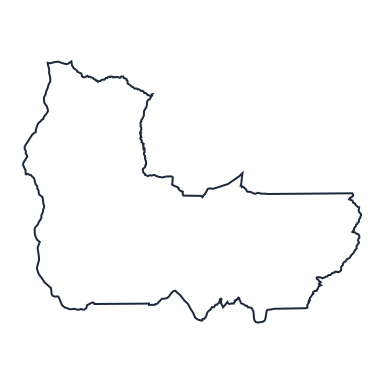 Yantzaza, Zamora Chinchipe, Ecuador (Mercator projection)
{"feature_id": "8360857B42265273644391", "entity_name": "Yantzaza", "entity_type": "district", "adm_level": 2, "iso_a3": "ECU", "parent_name": "Ecuador", "parent_adm1": "Zamora Chinchipe", "projection": "mercator", "projection_center": [-78.581, -3.714], "detail": "fine", "context": "isolated", "style": "outline", "palette": "slate", "viewbox_px": 384, "rotation_deg": 0, "n_neighbors": 0, "source": "geoboundaries", "source_scale": "gbopen_adm2", "svg_char_len": 5900}
<svg xmlns="http://www.w3.org/2000/svg" viewBox="0 0 384 384"><path d="M149.0,304.9L154.8,304.8L154.9,304.5L155.6,304.1L157.3,303.7L161.1,299.5L162.2,298.8L165.6,298.5L167.4,297.8L168.9,296.6L171.1,293.3L172.8,291.7L173.6,291.1L175.3,290.7L177.1,292.6L180.3,295.2L184.5,300.7L187.9,303.8L190.6,308.9L193.0,312.6L195.3,317.8L197.9,319.6L201.7,320.7L202.4,320.4L202.3,319.4L202.5,318.9L204.2,318.8L204.7,318.5L206.0,316.5L207.4,312.3L208.8,310.8L210.6,309.7L211.8,307.2L214.0,307.2L214.7,305.8L215.6,304.8L217.2,304.6L217.6,303.7L218.8,303.1L219.6,301.2L219.8,299.5L220.4,298.8L221.2,298.7L221.5,299.6L221.0,301.3L221.1,303.2L223.1,307.2L227.5,302.0L227.7,302.9L228.7,303.8L230.5,303.9L231.9,303.3L233.7,303.7L234.2,302.5L234.9,302.1L234.9,301.2L235.8,300.4L235.3,300.3L235.6,300.0L238.4,298.9L237.7,298.3L238.4,297.6L239.3,298.3L239.5,299.8L240.3,301.0L240.8,302.9L241.2,303.3L243.9,304.4L245.3,305.6L247.0,305.8L248.0,307.4L250.1,307.4L251.9,308.3L252.7,310.3L253.5,311.3L253.9,318.0L254.6,320.5L255.7,322.0L258.3,322.6L263.2,321.6L264.7,320.5L265.4,318.7L266.7,310.8L267.6,309.8L271.5,309.4L273.8,308.8L306.0,308.2L306.5,307.9L307.0,307.9L307.4,307.6L307.2,305.3L308.6,303.0L308.5,302.1L309.0,302.0L309.0,300.4L309.9,300.4L309.6,298.9L310.0,297.7L311.0,296.7L311.9,295.1L313.4,293.7L312.8,292.9L313.2,292.1L314.7,290.9L315.2,290.8L315.8,291.1L316.9,290.5L317.0,289.5L317.8,288.8L318.7,286.4L320.9,285.3L319.2,284.5L318.9,284.0L320.7,282.5L320.7,281.9L319.1,281.4L318.4,279.9L316.8,278.6L316.7,277.6L317.9,277.1L320.7,277.4L322.2,278.3L322.9,277.8L324.6,277.6L325.6,276.7L327.1,276.5L328.5,275.1L330.5,275.0L331.6,273.6L333.1,272.7L334.5,272.6L335.1,271.7L336.7,271.7L337.2,272.1L338.2,272.2L339.3,271.9L341.0,270.4L341.2,267.0L341.7,265.9L342.7,265.5L342.9,263.9L343.7,262.4L346.0,261.1L346.5,259.7L347.2,259.1L349.4,258.0L350.7,256.4L351.0,255.4L353.4,253.2L354.2,251.5L355.0,250.8L355.1,250.0L356.8,248.3L356.4,246.5L358.0,243.8L358.9,242.9L358.8,241.9L358.5,241.7L358.0,240.3L358.5,238.6L359.4,237.8L359.3,236.0L358.6,234.6L358.1,234.1L356.4,233.7L355.3,232.6L354.3,232.3L353.7,232.4L352.4,231.9L353.3,230.7L353.9,230.4L354.0,228.8L355.0,226.9L355.8,226.3L356.2,224.6L357.4,223.8L357.5,222.9L358.8,222.0L359.0,219.7L360.1,217.9L361.0,215.2L360.8,213.7L359.4,212.5L358.6,210.4L359.2,207.3L357.6,206.8L356.3,205.5L355.7,205.2L354.9,203.5L353.2,202.7L352.4,200.5L349.1,199.4L349.8,198.1L350.4,198.1L351.1,197.2L351.6,197.1L353.2,195.8L352.9,195.3L353.1,194.6L352.2,193.3L267.0,194.0L266.1,193.7L261.6,193.7L257.9,192.8L255.3,193.8L253.5,193.4L251.6,192.3L249.2,191.7L247.9,191.8L246.8,191.3L246.1,189.4L243.8,187.5L243.8,187.2L242.6,186.8L241.8,187.1L241.6,185.9L240.6,185.7L240.7,185.0L241.2,184.1L242.4,173.2L239.2,176.3L228.0,184.0L214.2,188.5L212.2,188.8L210.5,188.4L208.5,188.6L207.8,188.9L205.6,193.0L204.5,194.6L203.4,195.4L202.4,197.2L201.1,195.9L183.4,195.6L182.5,193.1L182.9,191.9L182.1,191.3L180.9,191.1L178.5,189.1L178.4,188.7L178.7,188.0L178.3,187.5L175.0,186.2L172.2,184.7L172.8,177.4L171.5,176.4L166.5,176.5L162.2,177.4L158.3,176.8L154.0,174.9L151.6,175.6L150.3,175.2L149.4,175.4L147.9,176.1L145.1,174.9L144.8,173.8L143.3,172.6L142.7,169.3L142.9,168.8L145.0,167.3L145.3,165.3L146.0,165.0L146.2,163.7L145.9,163.1L146.1,162.4L145.8,160.7L145.3,159.9L145.0,158.5L145.3,157.8L145.0,157.2L145.0,155.8L143.9,154.4L144.0,152.8L144.6,152.2L144.3,150.4L144.7,149.5L143.6,149.4L143.4,149.1L143.5,148.4L144.0,147.5L143.2,147.0L143.4,145.6L142.9,144.8L143.7,143.9L141.5,142.1L141.8,140.2L140.6,139.4L140.3,137.8L141.4,137.2L140.7,135.9L140.9,134.7L140.4,134.4L140.1,133.4L141.0,132.7L140.3,132.0L140.8,131.4L140.8,130.4L141.4,129.3L141.1,127.2L140.5,126.3L140.8,125.1L140.6,124.8L140.5,122.7L141.4,121.1L141.2,120.3L142.2,119.0L143.8,115.8L144.1,110.7L144.8,110.1L145.3,108.6L146.3,107.4L147.0,104.4L146.9,102.7L147.5,100.7L148.3,99.8L149.7,99.4L150.3,98.0L152.0,95.6L152.6,94.2L151.8,94.3L151.7,95.3L151.0,95.8L149.2,95.5L147.3,94.8L147.1,94.2L145.5,93.0L144.3,93.0L144.3,92.5L142.5,90.8L141.2,91.0L139.5,89.7L138.7,89.3L137.9,89.3L136.7,88.5L134.5,88.6L133.3,87.2L132.2,86.9L129.1,84.4L127.6,83.5L127.6,81.5L127.0,80.3L126.4,79.9L126.4,78.8L123.9,78.1L123.2,76.5L121.3,76.5L120.6,77.0L120.3,77.8L119.8,77.9L118.0,77.1L116.5,77.0L115.3,77.3L114.1,77.0L113.2,77.4L113.0,76.9L111.8,76.5L111.4,76.4L110.3,77.1L109.5,76.6L108.0,77.1L107.3,78.0L105.9,78.0L104.6,79.6L102.7,79.6L101.2,80.2L100.4,81.0L99.1,81.1L98.7,81.5L97.8,81.0L97.6,81.6L95.9,80.6L95.7,79.6L94.2,79.4L92.9,77.9L89.1,76.5L88.4,76.9L87.5,75.9L84.3,77.4L82.9,77.0L81.8,76.2L81.8,74.6L81.1,73.4L77.4,71.8L76.9,70.5L73.3,67.8L71.9,64.9L71.4,61.4L68.1,63.7L66.7,64.2L62.0,63.1L59.8,62.1L58.0,61.7L54.8,62.0L50.7,63.2L48.6,63.1L47.7,62.8L47.9,64.6L49.2,69.5L49.1,73.0L50.1,76.9L50.3,81.2L48.6,84.7L47.6,88.1L46.5,90.7L45.9,92.4L45.7,94.3L44.1,97.0L43.9,99.1L44.3,102.8L46.9,106.4L48.1,110.9L46.2,114.1L43.9,116.7L43.2,119.2L41.9,119.6L40.8,121.1L38.7,122.8L37.6,124.5L35.9,129.5L35.9,131.8L32.8,134.0L32.0,135.0L25.2,145.6L24.6,146.9L24.8,149.3L25.8,151.0L25.8,153.8L26.7,154.8L27.3,156.6L24.4,161.1L23.0,163.8L23.3,165.6L25.6,170.5L25.6,174.0L26.1,174.4L27.8,173.8L29.6,174.9L31.0,175.1L32.5,177.0L33.7,177.9L34.6,179.9L35.0,182.1L35.8,184.6L37.0,185.9L37.4,187.3L37.3,188.7L38.5,190.4L38.9,194.1L40.4,195.6L41.7,196.3L42.6,197.5L43.4,203.8L44.1,205.8L43.9,208.0L43.3,209.1L43.0,211.4L41.4,215.4L41.3,218.2L38.4,222.8L38.0,224.3L35.3,227.3L34.6,229.1L34.9,234.5L35.6,236.7L37.0,239.7L39.8,242.0L37.6,247.7L38.9,256.9L39.1,259.8L37.1,266.9L37.0,269.1L38.7,274.0L43.7,280.9L44.2,282.0L51.0,288.1L51.6,294.0L52.4,295.5L54.3,296.5L58.3,296.5L59.6,299.1L61.8,304.9L64.6,307.4L67.5,308.2L69.0,309.1L71.2,309.2L73.9,308.8L78.4,309.8L81.1,309.0L82.9,309.7L83.8,309.6L85.1,309.1L86.1,308.4L86.6,307.4L86.9,305.4L91.5,302.8L93.1,302.5L93.7,302.7L94.2,303.8L94.5,304.0L149.0,303.6L149.0,304.9Z" fill="none" stroke="#1e293b" stroke-width="2"/></svg>